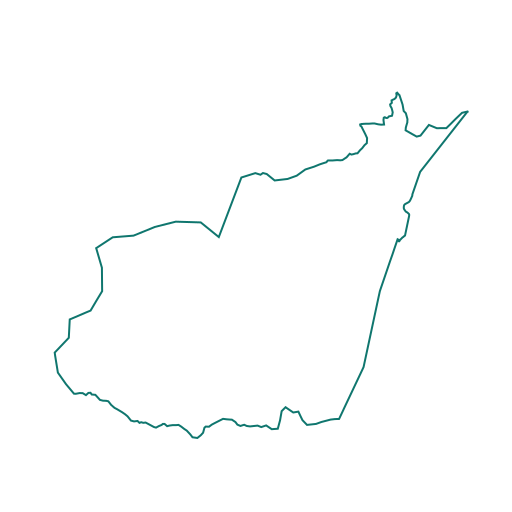 outline of Santa Ana Ateixtlahuaca, Oaxaca, Mexico, rotated 193°
{"feature_id": "50627088B25341473953732", "entity_name": "Santa Ana Ateixtlahuaca", "entity_type": "district", "adm_level": 2, "iso_a3": "MEX", "parent_name": "Mexico", "parent_adm1": "Oaxaca", "projection": "robinson", "projection_center": [-96.894, 18.22], "detail": "fine", "context": "isolated", "style": "outline", "palette": "teal", "viewbox_px": 512, "rotation_deg": 193, "n_neighbors": 0, "source": "geoboundaries", "source_scale": "gbopen_adm2", "svg_char_len": 3195}
<svg xmlns="http://www.w3.org/2000/svg" viewBox="0 0 512 512"><g transform="rotate(193 256 256)"><path d="M402.4,80.9L400.6,81.2L397.2,82.7L394.1,83.4L390.4,82.2L388.5,84.9L386.5,85.5L384.9,84.1L381.3,84.6L378.1,82.4L375.7,80.7L372.6,80.6L369.4,81.2L367.2,81.2L363.6,78.3L359.7,76.2L357.0,75.5L351.4,73.7L348.1,72.4L345.1,70.9L340.8,67.5L337.6,67.4L334.3,68.6L332.0,67.2L330.5,68.2L328.3,68.1L326.1,68.9L321.3,67.6L317.0,66.4L314.8,66.3L312.3,68.5L310.0,70.1L309.0,71.4L307.3,71.8L304.3,70.2L302.2,71.3L299.3,72.4L295.9,73.2L293.5,74.0L290.6,73.0L286.9,71.3L284.2,70.3L279.9,67.4L277.1,65.1L272.2,65.5L269.5,68.9L267.8,71.9L267.6,77.1L266.6,78.5L263.4,79.1L261.1,81.8L258.2,84.3L251.5,89.9L247.7,90.3L245.0,90.7L242.7,91.1L238.7,89.6L236.2,87.5L232.9,86.9L230.8,88.2L229.5,88.9L226.8,88.3L223.5,88.6L216.3,91.1L212.4,90.5L208.0,93.2L201.7,90.8L195.9,92.6L195.6,101.4L196.1,110.6L193.2,115.3L184.5,111.9L179.7,113.9L176.8,110.2L173.8,106.5L168.3,102.9L159.7,105.9L154.9,109.0L146.5,113.4L142.3,114.9L138.4,115.9L136.2,126.0L136.1,126.6L126.7,169.6L126.2,172.0L127.3,242.1L127.4,249.7L124.2,281.1L123.4,288.2L122.8,294.4L121.8,304.1L121.5,304.0L121.1,304.0L120.9,304.0L120.8,303.8L120.8,303.6L120.7,303.3L120.6,303.0L120.4,302.7L120.2,302.5L119.9,302.5L119.7,302.6L119.3,304.0L119.0,304.4L118.8,304.8L118.1,305.9L117.4,307.1L116.7,307.7L116.4,308.4L116.0,308.7L115.6,309.2L115.4,309.5L115.8,329.0L115.9,330.2L116.1,330.9L116.5,331.4L116.8,331.6L117.5,332.0L119.0,332.7L119.9,332.9L120.2,333.1L122.1,334.8L122.6,335.5L122.9,336.4L123.1,337.8L123.1,338.8L122.8,339.5L122.4,340.1L119.9,342.3L119.1,343.1L118.6,344.0L118.1,345.7L117.3,349.7L117.4,350.8L117.5,351.2L116.5,360.6L115.0,374.9L82.7,443.7L81.6,444.8L81.9,444.6L87.4,441.9L87.5,441.8L92.3,434.5L95.9,428.7L99.3,423.4L102.4,422.7L108.6,421.2L117.0,422.6L122.8,410.3L126.3,408.5L131.5,410.0L138.5,412.1L138.9,414.7L138.8,417.3L138.6,420.3L138.8,421.1L139.2,423.4L142.1,428.8L144.7,430.5L147.2,436.4L148.2,438.1L150.7,442.2L152.4,445.0L152.7,445.1L155.2,446.9L155.9,446.1L155.1,444.0L155.3,441.8L156.4,440.1L157.5,439.3L158.9,438.1L158.1,435.8L159.4,433.9L158.8,432.4L157.2,430.7L156.2,428.9L155.1,426.7L155.0,423.3L155.9,422.8L157.8,422.0L158.6,420.6L159.4,419.9L160.4,419.8L161.7,420.2L162.6,419.5L162.4,417.2L160.8,412.9L163.6,412.1L166.6,411.8L170.3,411.8L172.4,411.3L173.1,411.1L176.0,410.2L178.3,409.7L180.8,409.0L182.6,408.4L182.8,408.4L184.1,407.6L183.6,406.4L182.4,405.9L181.1,404.3L177.0,399.4L174.3,395.9L173.4,390.9L175.2,388.4L176.8,384.9L178.4,382.5L180.2,378.9L181.9,378.4L184.1,377.1L185.9,376.3L187.7,376.7L188.3,375.6L189.9,372.6L193.4,368.9L195.4,368.2L198.5,367.7L202.9,366.3L207.2,365.3L207.6,365.1L208.5,363.2L210.9,361.8L212.9,360.6L214.2,359.8L214.4,359.7L219.5,356.1L227.4,351.4L234.4,343.4L242.5,338.2L254.8,333.8L264.0,338.3L267.9,338.4L269.9,336.2L275.3,336.6L287.9,329.2L295.7,271.9L296.5,266.1L317.4,276.3L341.9,271.4L361.0,261.6L379.9,248.3L399.8,242.0L408.6,232.8L413.5,227.7L412.3,225.6L403.5,209.9L398.0,187.1L401.4,176.7L404.9,165.6L408.7,162.9L423.2,152.3L423.0,151.1L420.0,134.2L430.1,117.1L430.4,116.6L429.3,113.7L422.8,97.8L412.2,88.3L402.4,80.9Z" fill="none" stroke="#0f766e" stroke-width="2"/></g></svg>